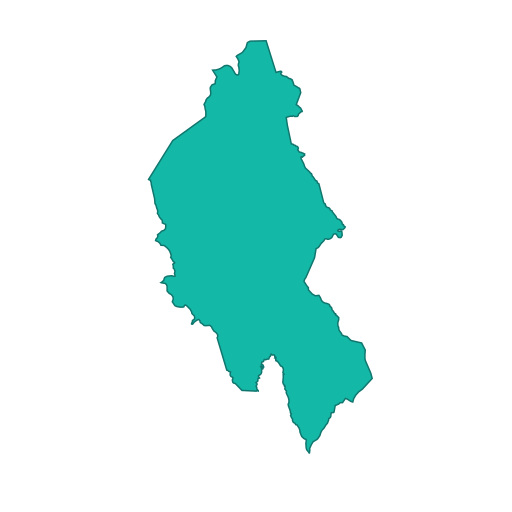 outline of Comayagua, Comayagua, Honduras, rotated 250°
{"feature_id": "27666195B46551792620795", "entity_name": "Comayagua", "entity_type": "district", "adm_level": 2, "iso_a3": "HND", "parent_name": "Honduras", "parent_adm1": "Comayagua", "projection": "albers", "projection_center": [-87.636, 14.476], "detail": "fine", "context": "isolated", "style": "filled", "palette": "teal", "viewbox_px": 512, "rotation_deg": 250, "n_neighbors": 0, "source": "geoboundaries", "source_scale": "gbopen_adm2", "svg_char_len": 6089}
<svg xmlns="http://www.w3.org/2000/svg" viewBox="0 0 512 512"><g transform="rotate(250 256 256)"><path d="M263.5,157.6L263.0,158.2L261.3,161.3L259.6,162.1L258.0,162.1L253.5,160.5L250.6,161.6L248.6,163.3L246.2,164.0L244.0,163.6L241.6,161.7L237.1,162.8L235.6,164.3L234.0,167.0L233.0,169.7L232.9,170.7L234.0,171.9L234.1,173.0L232.9,173.9L228.5,175.9L225.4,176.4L224.3,176.1L222.9,176.5L221.1,177.5L219.5,177.4L218.4,177.0L217.9,176.6L217.5,175.8L217.2,174.3L216.1,173.8L214.5,172.3L214.1,172.2L213.7,172.7L213.7,173.3L215.1,175.5L216.0,179.1L215.9,180.5L214.6,181.1L212.5,180.9L210.7,182.3L208.5,183.4L207.7,184.9L206.7,188.7L206.1,189.2L204.6,190.0L202.9,190.1L199.8,190.8L198.1,192.1L195.4,193.0L193.5,192.6L192.5,191.5L158.7,189.5L158.3,190.2L156.7,191.1L155.8,192.4L153.7,191.2L152.5,191.0L151.3,191.3L149.9,192.6L149.2,192.7L147.6,191.3L145.1,191.0L143.9,191.8L143.4,192.9L134.5,196.8L128.9,210.1L129.2,210.7L128.4,211.9L128.9,212.0L130.5,211.3L132.5,211.8L133.6,211.5L135.0,213.1L135.7,213.2L137.0,212.7L137.9,215.0L140.0,215.7L140.2,217.6L141.8,217.1L142.7,217.5L143.1,219.7L144.1,221.0L145.2,221.7L148.1,222.6L147.6,223.4L147.7,223.9L149.9,222.7L150.6,222.6L150.4,223.3L148.9,224.7L149.0,225.3L151.2,225.3L151.7,224.9L152.0,223.9L154.3,225.2L154.3,227.0L155.4,227.8L155.9,228.5L155.2,229.5L155.3,231.2L154.8,232.7L156.6,234.3L156.9,235.2L157.4,235.8L158.6,236.6L157.2,237.8L157.0,239.0L156.4,239.4L155.1,239.3L154.5,239.6L154.0,239.0L153.7,239.9L152.9,239.1L152.4,239.4L151.5,238.9L150.8,238.9L150.5,239.2L150.5,239.8L149.7,239.8L149.0,240.4L147.7,240.8L144.3,241.5L143.0,242.8L141.0,243.1L139.3,242.7L137.3,241.4L136.7,241.4L135.8,241.9L135.3,241.9L135.3,241.0L132.6,240.1L128.1,238.0L126.4,237.9L125.9,238.3L125.0,238.2L124.5,238.7L123.9,238.2L123.0,238.6L121.2,237.6L118.6,238.4L117.1,237.6L111.8,238.0L108.6,237.5L106.6,236.5L105.9,235.6L105.2,235.4L103.9,235.2L98.4,235.2L96.9,234.7L95.5,235.2L94.5,234.0L92.8,234.0L91.8,234.1L90.4,234.6L89.3,234.1L87.1,234.1L85.4,235.4L83.9,235.7L83.4,236.7L79.6,237.6L77.4,237.6L75.4,237.1L70.9,237.2L68.4,238.4L67.3,239.2L66.9,240.1L66.5,240.2L65.3,240.1L62.9,238.8L58.4,237.5L56.6,237.4L53.1,238.6L52.1,238.6L55.0,240.1L56.8,240.6L60.1,243.8L61.9,246.1L62.8,250.7L63.3,251.7L65.4,254.6L67.9,256.5L69.7,258.4L70.9,260.9L73.4,264.0L74.3,265.8L77.2,268.3L78.3,268.7L78.8,270.6L79.7,271.4L82.6,272.8L83.0,273.4L82.4,275.0L82.6,275.9L88.4,279.3L88.6,283.1L89.4,284.9L88.6,287.2L91.6,291.3L90.1,293.0L86.9,295.4L85.7,297.0L88.5,299.0L91.1,302.1L93.2,306.0L94.5,310.4L101.2,323.3L106.7,323.8L120.1,323.0L122.1,323.2L125.8,324.5L130.3,326.5L138.2,325.5L143.7,317.0L144.4,316.2L149.2,314.0L150.4,311.8L152.5,309.7L154.1,309.8L156.9,308.9L158.6,308.7L160.9,309.3L162.2,309.1L164.8,309.8L166.6,310.9L167.8,311.9L169.8,312.7L172.4,311.5L173.3,310.7L173.9,311.1L174.6,311.0L175.0,310.2L177.5,309.8L179.7,309.0L181.1,309.4L182.7,308.9L183.5,308.2L184.3,308.5L185.4,308.2L186.8,306.9L188.4,304.4L190.4,302.8L192.3,302.3L194.6,302.3L197.5,301.7L198.3,298.2L200.9,295.9L205.9,293.8L206.7,293.8L208.4,294.4L210.5,293.6L215.8,292.4L217.6,293.9L218.7,295.5L234.3,310.4L242.4,315.0L242.6,317.1L243.2,318.4L245.3,321.2L247.2,325.1L248.3,326.3L248.4,327.5L247.2,329.1L246.9,329.9L246.9,331.7L247.3,333.2L247.7,333.9L249.6,335.9L250.0,336.7L249.8,338.0L249.0,338.9L245.3,339.8L244.4,341.5L244.5,342.5L246.0,344.1L249.5,345.0L250.5,344.4L250.6,342.7L251.0,342.0L251.5,341.5L252.1,341.6L252.6,342.7L252.4,344.1L251.0,346.5L252.0,348.9L252.8,349.8L253.9,349.0L255.7,348.8L255.9,348.2L257.1,348.0L258.3,348.3L260.6,347.6L261.9,346.7L262.8,345.4L264.1,344.7L265.8,344.7L271.2,342.9L272.3,343.0L273.9,341.5L275.2,341.6L276.5,340.9L277.0,340.0L278.3,338.8L279.3,338.8L279.7,338.5L280.1,338.8L281.4,338.8L281.9,338.2L283.2,337.9L302.4,339.8L303.7,338.7L305.5,338.9L306.8,337.7L310.7,336.8L312.0,336.2L314.5,336.3L315.2,335.5L316.5,335.2L321.8,332.5L323.5,332.3L326.4,332.4L331.9,331.7L333.0,331.8L333.6,332.2L333.7,332.7L333.0,333.4L333.9,335.1L333.8,336.0L335.3,336.6L336.1,335.5L336.6,335.4L336.8,334.8L337.7,334.2L338.8,332.3L341.4,331.5L341.8,331.7L342.1,332.2L342.9,332.7L344.4,332.5L345.2,331.9L345.7,330.9L346.8,330.5L347.2,329.6L348.3,329.1L349.3,327.5L368.3,330.2L375.9,331.8L375.7,335.8L374.8,338.0L375.0,338.9L374.5,339.6L373.8,340.1L373.0,342.7L373.6,343.7L374.8,344.3L375.1,345.4L376.1,347.4L375.9,348.6L376.2,349.0L379.8,348.5L381.0,347.7L382.8,346.9L384.5,345.6L394.2,353.9L398.0,354.4L398.9,354.1L399.7,353.2L401.0,352.3L403.6,350.0L405.8,350.3L406.7,350.1L407.6,350.4L408.5,350.0L409.4,350.2L411.3,348.4L411.5,347.6L413.1,346.8L414.4,345.8L415.1,344.3L416.8,342.3L418.9,341.6L419.4,341.9L420.0,343.1L420.8,342.9L421.3,342.1L421.7,337.6L454.8,339.1L459.9,324.0L459.6,321.5L459.3,320.7L455.3,317.9L452.3,313.4L451.8,312.3L450.9,307.0L450.3,305.7L447.3,306.4L444.2,306.5L442.6,305.2L441.1,304.5L439.0,304.4L435.5,303.5L434.7,302.9L433.2,302.3L432.3,301.2L432.7,300.0L433.9,298.9L440.8,297.7L442.7,296.8L444.4,295.1L445.1,293.8L445.5,291.9L445.4,290.8L444.6,288.0L444.3,285.3L444.5,282.1L445.5,278.8L437.6,280.5L434.8,277.8L431.9,276.6L431.9,273.3L430.1,270.8L429.2,270.3L424.5,269.2L422.6,268.1L421.4,265.8L421.0,264.2L419.6,262.3L418.5,261.6L416.2,259.0L414.1,259.1L411.4,258.5L409.0,258.3L404.4,256.6L403.9,255.7L393.0,217.3L364.7,181.2L364.0,181.7L363.4,182.8L361.7,182.5L361.1,182.7L359.1,182.1L344.5,180.3L339.7,179.0L337.9,179.4L335.3,179.1L332.6,179.2L331.1,178.7L329.7,177.9L327.8,178.5L326.0,178.5L323.3,179.3L321.9,180.0L320.7,179.9L319.1,179.3L316.7,181.8L316.2,181.9L313.3,180.7L312.1,179.6L311.6,178.1L311.6,175.6L310.7,174.0L309.6,170.7L308.5,170.7L307.9,170.3L306.6,169.1L306.1,167.8L304.8,166.9L303.0,168.9L300.7,170.1L298.6,170.3L297.3,173.3L294.5,175.0L292.3,176.0L289.9,176.6L286.1,176.6L284.9,176.2L283.8,175.3L282.7,175.8L279.3,176.3L277.8,177.3L277.1,176.9L277.1,175.7L276.4,174.9L276.0,175.0L274.7,174.8L272.8,174.1L271.9,174.7L269.2,174.6L267.5,173.4L265.4,173.3L264.8,173.0L264.9,172.0L266.3,170.0L267.4,165.6L267.1,163.0L266.3,162.1L264.8,161.1L263.9,159.2L263.5,157.6Z" fill="#14b8a6" stroke="#0f766e" stroke-width="1.5"/></g></svg>